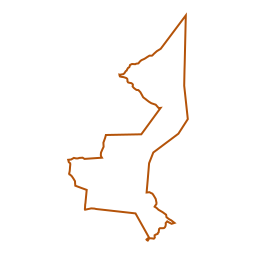 La Croix Maingot, Anse-la-Raye, Saint Lucia, rotated 90°
{"feature_id": "8701671B12954312315710", "entity_name": "La Croix Maingot", "entity_type": "district", "adm_level": 2, "iso_a3": "LCA", "parent_name": "Saint Lucia", "parent_adm1": "Anse-la-Raye", "projection": "albers", "projection_center": [-61.005, 13.965], "detail": "fine", "context": "isolated", "style": "outline", "palette": "amber", "viewbox_px": 256, "rotation_deg": 90, "n_neighbors": 0, "source": "geoboundaries", "source_scale": "gbopen_adm2", "svg_char_len": 2211}
<svg xmlns="http://www.w3.org/2000/svg" viewBox="0 0 256 256"><g transform="rotate(90 128 128)"><path d="M15.4,70.2L48.8,95.3L51.2,99.2L54.0,102.3L55.0,103.2L55.7,104.1L55.7,106.6L57.3,109.2L58.2,110.5L59.0,111.9L60.2,114.6L61.6,116.2L63.4,117.6L63.7,119.8L64.2,120.8L64.0,124.0L64.9,125.9L67.2,126.7L68.0,128.0L69.5,128.9L70.5,129.3L71.2,130.3L73.1,131.5L74.1,132.6L74.8,136.4L74.7,136.6L74.9,136.6L75.0,136.5L76.4,136.1L76.6,135.5L76.8,134.7L76.9,134.1L77.1,132.6L77.5,131.2L78.1,129.6L78.8,128.8L79.7,128.6L80.3,128.5L81.1,128.6L81.6,128.4L82.4,127.9L82.7,127.0L82.9,126.0L83.1,124.8L83.5,124.1L84.0,123.5L84.7,123.1L85.6,123.2L86.5,123.4L87.0,123.0L87.8,122.3L88.6,121.4L89.5,120.1L89.9,119.6L90.0,118.7L90.1,117.6L92.2,115.6L97.3,112.8L101.7,107.1L103.2,104.7L104.7,100.3L108.1,97.3L107.9,95.4L134.3,114.7L135.0,150.1L137.6,150.8L139.3,151.4L142.7,152.6L146.8,152.4L148.7,153.3L152.6,155.0L155.0,155.2L156.4,154.9L157.7,154.1L158.9,171.5L158.7,171.8L157.7,173.4L157.9,176.5L158.4,178.2L158.4,180.0L157.9,182.1L159.5,184.9L159.8,187.8L162.1,187.2L162.5,186.8L163.3,185.8L163.7,185.8L164.5,185.7L167.3,186.0L169.1,186.1L171.1,186.3L173.8,186.9L174.2,186.7L174.5,186.5L174.6,186.1L174.7,185.8L175.0,185.5L176.1,184.3L176.8,183.8L178.7,182.5L179.4,182.1L181.2,181.0L183.5,180.9L184.2,180.8L185.7,180.7L188.2,174.0L189.9,169.3L202.4,170.5L203.3,170.6L204.4,170.8L209.3,171.1L209.6,171.4L209.8,171.7L209.7,170.9L208.4,164.8L208.6,161.5L209.0,159.9L213.4,120.5L237.5,107.0L239.5,109.5L239.9,109.3L240.6,108.3L240.6,108.2L238.2,106.7L238.4,103.9L238.7,102.2L237.6,101.2L236.3,101.4L235.3,101.4L234.5,100.1L233.9,98.4L233.1,98.2L232.4,97.4L229.0,96.9L228.2,96.0L228.2,93.1L228.1,92.1L227.3,91.1L226.1,90.5L224.4,90.2L223.1,90.3L221.4,88.8L222.1,87.7L223.8,84.4L222.9,81.5L220.3,84.8L219.2,86.9L217.2,89.5L214.7,89.9L212.3,93.2L212.1,93.5L209.7,97.6L208.6,98.7L207.8,99.6L206.7,101.4L205.5,100.7L204.1,99.6L202.8,99.5L198.9,100.3L196.0,102.0L194.3,103.1L193.6,103.7L193.0,105.1L192.2,106.5L192.3,107.5L192.5,109.4L180.1,108.3L163.2,106.9L152.5,102.7L152.3,102.4L152.2,102.3L144.1,91.5L133.7,77.6L119.1,68.2L85.7,71.8L80.0,71.7L70.2,71.5L63.5,71.3L15.4,70.2Z" fill="none" stroke="#b45309" stroke-width="2"/></g></svg>